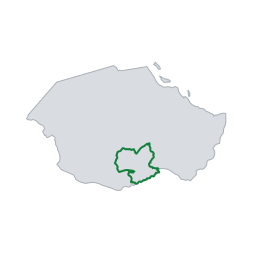 United Republic of Tanzania, with Mbeya highlighted, rotated 311°
{"feature_id": "TZA-3335", "entity_name": "Mbeya", "entity_type": "Region", "adm_level": 1, "iso_a3": "TZA", "parent_name": "United Republic of Tanzania", "parent_adm1": "", "projection": "natural_earth1", "projection_center": [33.421, -8.292], "detail": "fine", "context": "in_parent", "style": "outline", "palette": "green", "viewbox_px": 256, "rotation_deg": 311, "n_neighbors": 0, "source": "natural_earth", "source_scale": "10m", "svg_char_len": 6346}
<svg xmlns="http://www.w3.org/2000/svg" viewBox="0 0 256 256"><g transform="rotate(311 128 128)"><path d="M101.5,175.8L99.3,174.4L97.3,173.6L95.7,172.7L95.0,171.8L93.4,171.5L92.1,171.4L90.9,170.5L88.4,170.2L88.1,169.7L88.0,168.5L87.6,168.2L86.7,167.9L85.7,167.9L85.1,168.0L84.7,168.0L83.9,167.2L83.1,166.3L82.9,164.9L81.7,164.0L80.4,163.2L76.7,163.3L76.1,163.1L75.2,162.4L74.2,161.1L73.3,159.8L72.6,157.9L71.9,155.4L67.6,145.3L67.2,143.4L66.3,141.2L65.0,138.6L63.5,136.7L61.6,135.0L59.4,133.2L58.2,132.1L55.9,127.3L55.4,125.1L55.0,122.8L55.2,121.9L56.6,118.9L56.8,118.0L56.6,116.9L55.9,114.6L55.0,111.7L53.2,106.5L52.9,105.1L52.9,104.2L54.0,98.9L54.0,98.1L58.2,98.2L61.3,95.9L64.0,92.4L64.6,91.0L65.7,88.7L66.7,87.6L67.2,86.9L67.8,84.6L69.2,83.1L70.6,82.0L70.3,81.2L70.5,80.9L71.2,80.3L72.7,79.7L73.0,78.6L73.0,77.2L72.7,76.5L72.8,75.7L72.6,75.2L71.6,75.1L70.2,74.4L69.0,74.1L68.2,73.7L67.9,73.5L67.7,72.7L68.4,70.6L67.7,69.8L69.2,66.4L69.5,66.0L70.0,66.0L70.9,65.6L71.7,65.5L72.3,65.6L72.8,65.4L73.2,65.1L73.6,63.9L73.9,62.0L73.7,60.5L73.1,59.3L72.9,57.4L73.2,55.0L73.0,52.9L72.3,51.3L71.6,50.3L70.5,49.9L68.9,47.4L68.4,46.2L68.5,45.4L69.0,45.1L70.1,45.2L71.1,44.9L72.0,44.2L72.9,44.0L73.4,44.1L115.8,44.1L165.4,76.1L165.6,76.5L166.0,79.3L165.9,80.2L165.1,81.8L164.9,82.6L164.9,83.2L165.1,83.4L165.7,83.5L166.3,83.9L166.5,84.2L166.9,85.4L167.5,86.0L186.3,101.7L186.7,101.9L186.4,103.2L185.4,106.4L185.3,107.8L184.9,109.3L184.5,110.4L183.4,114.9L182.5,116.5L181.2,120.5L181.0,123.5L181.7,125.6L181.9,127.6L183.4,129.5L184.5,130.2L185.3,131.1L186.7,133.1L187.5,135.2L190.0,136.2L191.0,138.4L190.6,140.0L189.4,141.3L188.4,143.4L187.5,146.2L187.4,150.4L188.0,149.8L189.3,150.8L189.5,153.9L188.1,157.5L187.7,159.2L187.6,160.7L188.6,165.0L190.1,167.2L190.0,167.9L189.6,168.5L192.1,172.4L191.9,175.8L192.8,178.5L193.3,180.7L193.9,182.5L194.0,183.7L193.2,185.1L195.1,185.4L196.2,186.5L196.7,187.6L198.0,187.5L198.7,188.2L199.8,188.8L202.1,190.6L202.7,191.5L203.1,192.3L196.7,197.9L194.4,199.4L192.7,200.0L190.9,200.4L189.3,201.3L187.7,202.7L185.6,203.4L183.2,203.4L180.6,204.3L176.5,207.2L174.1,205.6L172.3,205.1L170.1,205.2L168.8,205.4L168.3,205.7L167.9,206.7L167.6,208.3L166.2,209.8L163.7,211.3L161.4,211.9L159.3,211.5L157.9,210.9L157.2,210.0L156.1,209.6L154.7,209.7L153.3,210.3L152.0,211.5L149.9,212.0L147.1,211.8L145.5,211.3L145.3,210.3L144.1,209.2L141.8,207.9L140.1,207.8L139.0,209.1L138.0,209.9L137.1,210.2L136.3,210.2L135.1,209.9L132.0,209.8L129.0,209.8L128.7,208.0L128.1,206.9L127.5,206.3L126.5,206.1L126.2,205.6L125.8,204.5L125.3,203.5L124.7,202.7L124.3,202.0L124.1,201.3L124.2,200.6L124.9,198.7L125.1,197.5L125.0,196.2L124.6,194.9L123.9,193.3L124.0,192.8L123.8,191.8L123.8,191.0L123.9,190.1L123.8,188.8L123.1,186.2L123.1,185.5L122.5,184.3L120.5,181.2L120.4,180.9L117.3,177.8L116.0,177.2L115.6,177.7L115.4,178.2L115.5,179.2L115.5,179.7L115.3,179.9L114.6,179.9L114.1,179.8L112.9,179.0L112.0,178.8L109.7,178.9L108.9,179.1L108.3,178.9L107.1,177.5L105.6,177.2L104.4,177.2L102.3,175.6L101.5,175.8ZM190.4,125.1L191.4,128.5L191.2,129.1L190.5,129.5L190.1,129.5L189.7,129.0L189.4,127.8L188.8,128.1L187.9,126.8L186.9,126.7L186.1,125.1L186.4,123.7L186.3,121.3L187.3,120.1L187.8,118.0L188.5,119.4L188.6,121.6L189.5,124.2L190.4,125.1ZM195.4,105.3L195.5,106.1L195.3,106.8L195.3,109.2L195.2,110.7L194.4,112.9L193.8,113.7L193.2,113.5L192.8,113.1L192.4,112.5L193.2,108.5L192.8,105.6L194.2,105.9L195.4,105.3ZM193.2,153.4L192.4,153.6L192.1,153.4L191.7,152.7L192.5,152.2L193.2,151.1L195.0,149.5L195.8,148.2L195.7,149.5L194.7,152.2L193.8,152.3L193.2,153.4Z" fill="#d9dde1" stroke="#a8b0b8" stroke-width="1"/><path d="M117.1,177.4L116.7,177.1L116.3,176.9L116.0,177.1L115.9,177.3L115.6,177.6L115.4,178.0L115.6,178.7L115.6,179.0L115.5,179.5L115.4,179.9L115.3,180.1L115.1,180.3L114.9,180.6L114.7,180.5L114.6,180.2L114.3,179.9L113.9,179.6L113.6,179.5L113.2,179.2L112.9,178.8L112.5,178.5L112.1,178.7L111.7,178.9L111.4,179.0L111.0,178.9L110.6,178.7L110.2,178.7L109.8,178.8L109.5,179.1L109.1,179.2L108.5,179.1L108.3,179.0L108.1,178.9L107.9,178.6L107.7,178.0L107.4,177.7L106.7,177.1L106.4,177.0L106.1,177.2L105.8,177.2L105.5,177.1L105.3,177.1L105.1,177.3L104.9,177.4L104.5,177.2L104.1,177.1L103.2,176.3L102.5,175.5L102.3,175.4L102.0,175.4L101.8,175.5L101.5,175.8L101.3,175.6L100.3,175.2L99.7,174.7L99.4,174.7L99.2,174.6L99.2,174.3L99.1,174.2L98.9,174.0L98.7,173.9L97.8,173.8L96.6,173.5L96.1,173.4L95.9,173.3L95.7,173.0L95.5,172.2L95.3,172.0L94.8,171.6L94.3,171.5L92.5,171.5L92.3,171.5L92.0,171.4L91.7,171.1L91.2,170.6L91.1,170.4L91.0,169.5L91.1,169.3L91.3,169.2L91.1,168.6L90.6,168.0L90.3,167.8L90.1,167.5L90.3,167.0L89.9,166.5L89.2,166.0L89.5,165.4L91.2,164.7L92.0,164.1L93.0,162.6L93.1,160.9L92.8,160.0L92.9,159.1L93.4,158.4L94.2,158.4L95.9,157.1L96.2,157.3L96.3,157.6L96.2,158.1L96.4,158.4L96.5,158.9L96.5,159.4L97.6,161.0L98.2,161.1L98.7,161.0L99.2,161.1L99.1,160.1L96.0,155.3L95.4,154.5L92.9,152.6L89.2,150.4L89.0,149.9L89.4,148.5L89.9,147.3L90.4,146.4L91.8,145.8L92.3,144.7L92.8,143.0L92.8,141.3L95.9,140.1L96.6,139.7L97.5,139.7L98.4,139.5L98.8,139.2L99.6,137.6L99.8,137.2L100.1,137.1L100.7,137.1L101.2,136.8L101.5,136.5L101.9,136.3L103.1,136.0L104.2,136.3L105.1,137.1L106.2,137.4L109.1,137.2L109.6,137.6L109.9,138.1L110.1,138.9L110.2,139.7L110.5,140.4L111.1,140.6L111.5,141.1L111.8,141.8L112.1,142.2L112.3,142.5L113.1,142.8L113.3,143.1L113.3,143.6L113.6,144.2L113.6,144.9L113.8,145.0L114.1,145.1L114.7,145.6L115.3,145.9L115.6,146.1L115.8,146.4L115.6,146.9L115.4,147.2L115.0,148.2L114.7,148.9L114.3,149.4L114.1,150.0L114.0,150.6L114.2,151.1L114.7,151.2L121.0,150.8L121.6,150.9L123.6,151.4L124.1,151.8L124.7,152.0L128.4,152.7L128.5,153.2L128.5,153.6L128.8,153.7L129.5,153.6L130.1,153.8L130.4,154.3L130.1,154.8L129.5,155.3L128.8,155.6L128.5,156.0L128.0,157.3L127.6,158.0L127.1,158.4L126.6,158.7L126.1,159.2L125.7,159.9L125.4,160.5L125.6,161.2L125.9,161.6L126.1,162.2L126.0,163.2L125.6,164.2L125.3,164.5L124.9,164.4L124.4,164.6L123.9,165.0L123.6,165.8L123.1,166.4L122.5,166.7L121.8,166.7L120.5,166.5L119.2,166.8L118.4,166.9L117.6,166.8L116.9,167.1L116.8,167.5L116.4,167.7L115.4,167.3L114.7,167.5L114.1,168.0L113.3,169.5L113.4,170.2L113.9,170.8L114.2,171.5L114.4,172.2L114.1,172.4L114.0,172.7L114.5,172.8L114.7,173.0L114.7,173.5L115.0,174.0L115.7,175.4L116.1,176.1L116.4,176.2L116.7,176.2L117.2,176.9L117.1,177.4Z" fill="none" stroke="#15803d" stroke-width="2"/></g></svg>